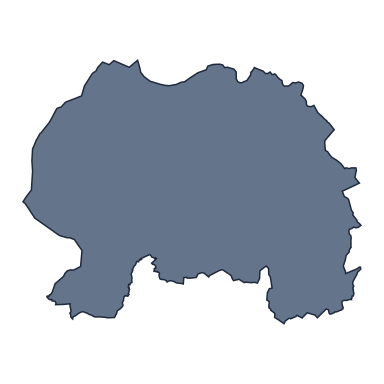 outline of Igabi, Kaduna, Nigeria
{"feature_id": "59680162B83099166959131", "entity_name": "Igabi", "entity_type": "district", "adm_level": 2, "iso_a3": "NGA", "parent_name": "Nigeria", "parent_adm1": "Kaduna", "projection": "mercator", "projection_center": [7.565, 10.746], "detail": "fine", "context": "isolated", "style": "filled", "palette": "slate", "viewbox_px": 384, "rotation_deg": 0, "n_neighbors": 0, "source": "geoboundaries", "source_scale": "gbopen_adm2", "svg_char_len": 5893}
<svg xmlns="http://www.w3.org/2000/svg" viewBox="0 0 384 384"><path d="M130.8,283.1L131.0,282.7L131.6,282.4L132.0,282.2L131.7,279.9L132.0,278.1L131.5,275.6L131.2,273.7L131.5,273.0L131.8,272.4L132.1,272.1L132.4,271.3L132.9,269.9L132.4,269.6L134.3,265.9L135.5,264.8L136.6,261.7L136.9,261.4L138.5,261.8L138.6,261.5L139.4,260.2L139.6,260.3L139.8,260.2L139.9,259.5L141.0,259.5L140.8,258.9L141.7,258.9L141.6,258.3L145.8,256.3L149.8,254.6L150.7,255.4L151.8,257.1L154.2,258.0L154.6,258.6L155.3,257.8L156.5,258.6L155.6,259.6L151.6,263.1L152.4,264.1L152.7,264.2L152.8,264.4L153.3,264.4L153.6,264.3L154.7,264.9L155.6,266.3L155.9,267.0L156.0,268.1L155.1,268.6L154.9,268.3L154.4,268.4L154.0,271.2L154.5,271.1L154.5,271.3L156.5,271.8L157.0,271.5L157.3,271.4L157.4,271.8L157.7,271.9L157.8,272.1L158.3,272.3L158.6,272.4L159.0,272.7L159.4,272.9L159.5,273.1L159.6,273.5L159.2,274.3L159.0,275.0L159.5,277.6L160.0,278.7L160.3,279.1L161.5,279.5L163.8,279.6L165.1,280.0L166.3,280.9L167.1,282.0L167.8,281.4L170.6,280.7L172.0,280.9L174.3,281.7L176.4,282.9L181.6,283.5L183.3,284.0L183.8,277.6L186.6,277.3L187.1,278.1L190.6,278.1L196.1,277.5L197.0,276.2L197.7,274.3L197.9,274.0L201.9,272.6L204.3,273.3L208.7,277.0L209.8,275.4L220.0,270.2L222.5,269.7L231.1,275.5L232.2,278.5L233.5,280.6L239.0,279.3L244.2,282.6L246.4,282.1L246.5,282.2L251.2,282.7L254.4,282.3L257.4,283.1L259.6,278.5L259.9,270.8L266.1,266.0L268.5,268.4L268.8,274.6L270.3,276.9L272.1,288.1L269.4,288.7L267.4,292.6L266.8,300.0L269.0,301.4L269.1,301.5L269.2,303.4L268.8,305.8L269.0,307.8L270.7,309.2L270.8,310.3L274.9,313.4L274.6,317.4L277.9,319.5L278.0,319.5L284.0,323.7L285.1,321.2L288.8,318.4L289.9,318.4L290.6,318.8L296.0,316.5L296.8,315.3L302.2,318.0L302.7,317.3L307.3,312.8L315.0,315.1L317.3,317.7L324.5,310.8L326.0,309.0L328.4,309.7L328.8,311.9L329.3,313.6L329.9,314.1L330.9,314.0L331.9,313.7L334.5,312.5L334.9,311.9L335.9,311.9L336.6,311.8L337.6,311.5L340.2,310.3L341.4,310.0L341.9,309.7L342.2,309.2L343.0,308.8L342.9,308.0L343.2,307.4L342.5,306.2L341.9,303.0L342.0,301.5L343.6,300.4L347.1,300.4L348.5,299.7L350.2,299.4L351.4,299.6L351.2,299.1L351.2,298.6L351.8,298.3L352.0,297.6L352.0,296.2L352.6,296.0L353.2,296.0L353.4,295.3L353.7,294.6L353.8,293.8L353.8,292.6L353.4,292.0L353.3,291.4L353.4,290.0L353.1,289.4L353.1,288.6L352.8,288.1L352.8,287.7L353.2,287.3L353.5,286.8L353.7,286.2L353.5,285.7L353.2,285.2L352.7,284.8L352.7,284.5L352.8,282.2L353.7,280.2L356.9,274.3L357.4,272.4L360.7,269.2L360.5,267.4L360.1,267.0L359.2,267.2L357.1,268.8L345.6,273.6L345.5,272.5L345.5,271.3L344.8,270.1L344.4,268.8L343.9,268.0L343.4,265.9L345.3,259.8L346.2,255.4L349.1,252.1L349.2,250.7L350.0,248.8L351.1,247.3L350.9,245.5L351.0,244.0L350.9,240.8L351.2,237.6L350.7,235.5L349.4,234.3L349.1,232.6L348.8,230.6L349.8,229.1L351.8,228.5L354.0,227.0L355.5,227.8L357.9,227.5L361.0,225.4L359.5,223.7L357.1,221.7L356.9,220.2L352.8,214.9L353.2,212.8L351.4,210.1L348.6,199.5L347.5,198.3L344.3,196.5L342.3,191.2L359.4,183.1L354.9,177.6L355.8,172.8L356.4,170.2L355.9,167.9L351.4,167.9L349.2,168.6L346.1,167.8L344.7,168.7L343.3,166.7L341.0,163.9L340.1,163.0L337.9,161.2L335.8,159.7L332.0,157.5L329.8,154.9L327.6,151.7L325.4,150.5L325.1,147.7L324.9,144.7L324.7,143.1L324.8,142.3L324.8,140.7L334.2,129.7L329.1,123.1L327.1,121.9L326.8,120.8L324.1,118.7L322.7,117.0L317.5,112.4L317.4,111.8L313.9,105.4L311.3,106.7L307.4,106.2L306.4,104.4L306.4,102.0L306.0,100.7L305.1,99.0L301.2,95.3L300.9,95.2L303.0,88.6L303.5,85.6L302.1,83.3L298.5,82.0L295.7,82.9L292.6,82.6L290.1,84.9L288.9,85.8L287.2,86.1L284.2,86.1L282.9,84.8L282.7,84.0L282.2,83.4L282.3,83.0L282.2,82.3L282.2,82.0L282.1,81.0L281.8,80.5L281.5,80.2L280.3,79.7L279.2,78.6L277.9,77.6L276.0,74.9L274.7,73.9L273.6,74.4L272.0,74.4L270.1,72.0L267.8,73.5L265.4,73.5L263.1,71.1L256.0,68.3L254.4,67.5L252.5,70.6L250.9,72.3L250.7,75.0L249.4,76.8L246.9,80.5L243.6,81.8L241.9,82.8L239.7,82.5L237.9,81.9L236.2,78.8L236.2,71.9L233.8,69.1L227.3,67.2L224.7,67.6L222.7,65.0L220.0,64.2L216.4,64.3L212.9,64.5L207.9,66.1L206.3,69.7L197.8,72.8L190.2,77.8L184.4,81.9L181.4,82.2L176.2,84.5L169.4,85.7L165.3,85.4L160.6,84.4L150.0,81.2L144.0,76.6L140.7,72.3L139.6,67.2L137.6,60.3L129.2,67.3L113.8,60.6L109.2,64.7L102.6,62.1L97.8,67.4L95.8,71.2L92.5,73.3L84.4,86.0L81.6,95.9L65.5,102.2L61.0,107.2L58.6,107.6L56.7,108.7L51.5,118.6L49.4,122.3L41.0,132.9L40.0,133.5L37.1,138.9L36.3,140.0L33.6,146.9L32.6,148.5L31.9,160.9L32.6,171.0L31.4,190.0L26.4,196.5L23.0,201.8L25.2,203.5L34.8,218.1L59.4,235.5L67.2,237.8L69.5,237.7L73.4,239.2L74.3,239.4L78.8,246.0L82.0,250.4L80.6,266.5L73.6,270.1L70.4,269.9L67.2,270.9L64.8,273.6L63.6,276.4L55.1,283.7L52.3,292.0L50.4,294.8L49.7,294.8L49.2,295.3L49.0,296.2L48.5,296.4L47.9,296.1L47.2,296.1L46.9,296.7L47.1,297.3L47.7,298.0L48.3,298.3L48.7,298.9L49.2,299.4L50.1,299.7L50.7,299.7L51.4,299.4L51.9,299.6L52.0,300.9L52.4,301.0L53.9,301.1L54.5,301.0L55.1,301.5L56.1,303.1L55.8,303.7L55.6,304.7L63.3,304.4L70.2,303.8L69.9,305.3L71.0,310.7L70.8,312.1L70.1,312.8L69.9,313.6L70.6,314.3L70.8,316.8L71.6,317.8L71.9,318.4L72.7,319.0L72.7,318.0L73.4,316.7L74.1,316.2L75.2,315.9L78.5,313.5L79.9,312.6L81.5,312.0L82.7,311.7L84.6,312.2L86.9,313.1L89.2,314.4L91.8,315.3L93.3,316.3L94.8,316.9L100.2,316.9L104.7,317.3L107.9,317.8L109.5,317.7L110.9,317.7L114.5,317.5L115.2,316.2L115.4,315.3L116.2,314.4L116.9,312.9L116.9,312.2L117.2,311.0L118.1,310.2L120.1,309.0L120.4,308.5L121.1,308.0L121.9,307.2L121.9,306.9L122.2,306.8L122.9,305.6L123.0,304.9L122.4,303.3L122.4,302.7L122.8,301.7L123.3,300.9L123.6,300.2L123.7,298.3L123.9,297.7L124.1,296.6L125.3,295.9L125.2,295.8L125.5,295.7L125.9,295.7L126.0,295.9L126.7,295.9L127.8,296.2L128.9,294.5L128.4,294.3L128.1,294.0L128.8,292.6L129.2,290.1L129.5,289.5L128.6,288.0L129.2,287.9L128.8,286.7L128.3,286.6L128.5,285.7L129.0,285.2L128.6,284.9L128.7,284.6L129.1,284.7L129.3,284.3L129.9,284.6L130.0,284.0L130.4,283.9L130.5,283.7L130.8,283.1Z" fill="#64748b" stroke="#1e293b" stroke-width="1.5"/></svg>